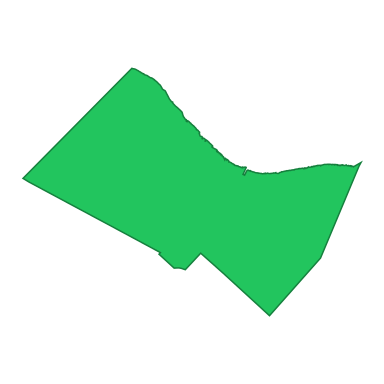 Ensenada, Buenos Aires, Argentina (Natural Earth projection)
{"feature_id": "61730980B68751377972541", "entity_name": "Ensenada", "entity_type": "district", "adm_level": 2, "iso_a3": "ARG", "parent_name": "Argentina", "parent_adm1": "Buenos Aires", "projection": "natural_earth1", "projection_center": [-57.944, -34.842], "detail": "fine", "context": "isolated", "style": "filled", "palette": "green", "viewbox_px": 384, "rotation_deg": 0, "n_neighbors": 0, "source": "geoboundaries", "source_scale": "gbopen_adm2", "svg_char_len": 5790}
<svg xmlns="http://www.w3.org/2000/svg" viewBox="0 0 384 384"><path d="M23.0,178.4L29.1,182.1L123.3,232.6L160.4,252.6L159.0,254.2L174.1,268.1L178.4,267.9L179.5,268.0L181.2,268.3L185.3,269.7L200.7,253.2L223.4,273.4L269.5,315.7L320.5,258.1L359.0,166.2L361.0,162.5L353.3,166.9L353.1,166.7L352.9,166.3L352.2,166.3L351.8,166.5L351.7,166.3L351.7,166.0L350.9,165.7L350.7,165.7L350.5,166.0L350.3,165.7L350.2,165.7L350.1,165.8L349.6,166.0L349.1,166.0L348.9,165.6L348.4,165.5L348.2,165.8L347.1,165.8L347.0,165.7L346.8,165.4L346.5,165.3L346.4,165.0L345.4,165.2L345.1,165.5L343.8,165.5L343.4,165.1L343.2,165.1L342.8,165.2L342.4,165.3L342.4,165.0L342.3,164.8L341.8,164.9L341.5,165.1L341.1,165.0L340.7,165.3L340.1,165.2L340.0,165.3L340.1,165.6L339.7,165.6L339.4,165.6L339.2,165.2L338.9,165.1L338.1,165.4L337.9,164.9L337.7,164.8L337.5,165.0L337.4,164.8L337.3,164.7L336.9,164.9L336.5,164.6L335.8,164.7L335.5,164.5L335.0,164.5L334.8,164.7L334.6,164.5L334.4,164.5L334.3,164.8L333.7,164.5L333.4,164.5L332.7,164.5L332.5,164.4L332.0,164.8L331.7,164.8L331.3,164.4L330.0,164.3L329.4,164.3L329.1,164.5L328.9,164.3L328.6,164.5L328.3,164.3L326.9,164.3L326.1,164.5L325.6,164.4L324.5,164.4L323.0,164.8L322.5,165.1L322.1,165.1L321.5,165.2L321.3,165.2L321.0,165.7L320.6,165.8L320.5,165.4L320.3,165.3L319.7,165.4L319.1,165.3L318.5,165.5L317.9,165.3L317.4,165.7L317.1,165.6L316.8,165.7L316.2,165.7L315.8,166.0L315.2,166.0L314.8,166.1L314.5,166.5L314.2,166.4L313.9,166.1L313.0,166.8L312.0,166.9L312.0,166.5L311.8,166.5L310.9,167.1L309.6,167.3L309.5,167.2L308.9,167.2L308.6,167.0L308.5,167.3L308.3,167.4L308.1,167.3L307.5,167.8L307.2,167.6L306.5,168.2L306.1,168.2L305.9,168.4L305.4,168.3L305.2,167.9L304.8,167.9L304.7,168.6L303.5,168.7L303.4,168.3L302.4,168.2L302.2,168.3L301.3,168.4L300.8,168.6L300.2,168.5L299.5,168.7L299.2,168.5L298.6,168.8L298.3,168.7L297.8,169.0L296.7,169.1L296.3,169.1L294.5,169.5L294.1,170.0L293.9,170.0L293.5,169.8L293.2,169.8L292.7,170.0L292.1,169.9L291.7,170.0L291.3,170.3L290.9,170.4L290.6,170.5L290.1,170.2L289.4,170.4L288.8,170.7L288.3,170.5L287.5,170.8L286.8,170.7L286.5,170.9L286.0,170.9L285.4,171.2L285.0,171.1L284.1,171.4L283.3,171.5L282.6,171.8L281.7,171.7L281.2,172.2L280.1,172.4L279.4,172.8L278.9,173.3L278.5,173.3L278.1,173.5L276.3,173.2L275.9,173.0L275.8,172.6L275.5,172.7L275.2,173.1L274.3,173.0L273.7,172.9L273.2,173.3L272.9,173.2L271.7,173.3L271.2,173.5L270.6,173.4L270.1,173.6L268.7,173.5L267.7,173.1L267.5,173.3L266.2,173.4L266.1,173.6L265.8,173.7L265.2,173.5L265.2,173.3L265.2,173.2L264.7,173.3L264.6,173.6L264.2,173.7L263.6,173.5L263.3,173.7L262.6,173.8L261.9,173.7L261.4,173.4L260.4,173.5L260.1,173.3L259.4,173.2L259.0,173.3L258.7,173.2L258.4,173.3L258.2,173.3L258.0,172.9L255.9,172.8L254.4,172.3L253.8,171.9L253.1,172.0L251.0,171.1L250.5,171.3L250.3,171.2L250.5,170.9L250.3,170.6L250.1,170.6L249.7,170.8L249.2,170.6L248.5,170.5L248.1,170.1L247.8,170.1L246.9,170.7L246.5,171.3L244.6,175.2L244.2,175.0L244.0,174.5L243.9,174.4L243.4,174.6L243.0,174.4L246.2,167.5L246.1,167.3L245.6,167.1L245.4,167.2L245.0,167.2L244.8,167.3L244.2,167.1L243.4,167.3L243.1,167.6L242.8,167.8L242.6,167.8L242.7,167.5L242.6,167.3L242.4,167.1L242.0,167.5L241.6,167.5L241.1,167.2L240.7,167.3L240.4,167.2L240.2,166.9L238.4,166.5L238.3,166.1L238.2,166.0L237.5,165.8L236.8,165.9L236.5,165.6L235.8,165.6L235.1,165.3L234.8,165.4L234.7,165.2L234.5,164.8L234.1,164.8L233.9,164.6L233.7,164.2L233.4,164.3L232.9,163.8L232.0,163.5L231.9,163.3L231.1,162.7L230.5,162.4L229.9,162.2L229.1,161.7L228.8,161.8L228.8,161.1L228.6,160.7L228.1,160.5L228.1,160.3L227.9,160.0L227.4,159.6L226.8,159.4L226.6,159.4L226.4,159.7L226.3,159.2L225.6,158.5L225.1,158.2L224.7,158.4L224.6,158.7L224.7,159.0L224.6,159.5L224.4,159.1L224.3,158.6L224.1,158.4L224.0,157.9L223.4,157.5L223.4,157.3L223.5,156.9L223.4,156.8L222.6,156.1L222.2,156.0L222.2,155.8L222.2,155.5L221.9,155.0L221.4,154.9L221.0,155.0L220.8,154.8L220.8,154.7L220.9,154.4L221.1,154.2L220.2,153.4L219.8,153.4L219.6,153.5L219.6,153.4L219.7,153.1L219.4,152.9L219.3,153.0L219.2,153.1L218.7,152.4L218.0,151.6L217.6,151.3L217.2,151.3L217.1,151.8L216.7,151.4L216.6,151.1L217.1,150.3L216.7,149.8L216.2,149.7L216.1,149.4L215.4,149.0L214.6,148.8L214.4,148.6L212.7,147.6L212.5,147.4L212.2,147.3L212.0,147.1L212.0,146.8L212.2,146.6L212.5,146.7L212.7,146.4L212.6,145.9L210.6,143.9L209.7,143.2L209.1,142.5L209.0,142.2L208.4,141.9L208.2,141.8L208.1,141.4L206.5,140.1L206.0,140.3L206.0,140.6L205.7,140.8L205.6,141.1L205.2,141.1L205.2,140.8L205.7,139.7L203.9,138.3L203.1,138.4L202.8,138.3L202.6,138.4L202.4,138.8L202.2,138.8L202.1,138.6L202.6,137.8L202.6,137.4L202.4,137.1L201.7,136.7L201.8,136.6L201.7,136.4L200.8,136.4L200.3,136.2L199.8,135.3L199.8,134.9L199.7,134.2L199.2,134.1L199.1,134.3L199.2,133.6L199.6,132.5L199.6,132.2L198.7,131.4L198.1,130.5L197.6,130.1L197.4,129.9L196.5,129.8L196.4,129.7L196.5,129.4L196.5,129.2L195.6,127.9L195.3,127.7L193.5,125.7L193.1,125.6L192.1,124.6L191.4,124.2L191.3,123.9L190.9,123.6L190.7,123.1L189.7,122.6L189.5,122.1L189.2,121.9L188.9,121.5L188.5,121.2L187.5,120.7L187.4,120.8L187.5,121.5L187.2,121.7L186.6,121.5L186.4,121.4L186.2,120.9L186.4,120.1L186.2,119.6L185.4,119.4L184.2,117.6L183.4,116.5L182.8,114.8L182.3,112.9L181.8,111.8L177.4,107.6L175.4,106.0L172.8,103.2L172.7,103.0L172.8,102.2L172.4,101.9L171.8,101.9L171.6,101.8L171.1,101.2L170.5,100.3L169.5,99.2L167.4,95.0L166.7,93.8L165.4,91.1L164.8,90.5L164.5,90.3L164.0,90.2L162.5,89.1L162.2,88.7L162.0,88.3L161.9,87.9L160.8,86.1L160.5,85.5L159.7,84.6L159.3,84.4L156.6,81.6L154.4,80.0L154.3,79.9L154.4,79.7L152.0,78.1L151.6,77.9L150.8,77.8L150.0,77.5L147.1,75.5L144.4,74.7L144.1,74.5L144.0,74.1L143.7,73.7L142.8,73.7L141.9,73.0L140.9,72.6L140.7,72.2L139.1,71.4L138.2,70.7L137.3,70.3L135.6,69.3L133.9,68.8L132.8,68.7L131.9,68.3L23.0,178.4Z" fill="#22c55e" stroke="#15803d" stroke-width="1.5"/></svg>